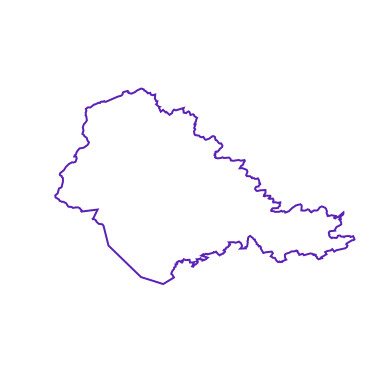 Athlone Lea-6, Roscommon, Ireland (Robinson projection), rotated 150°
{"feature_id": "5873133B90689891107780", "entity_name": "Athlone Lea-6", "entity_type": "district", "adm_level": 2, "iso_a3": "IRL", "parent_name": "Ireland", "parent_adm1": "Roscommon", "projection": "robinson", "projection_center": [-8.208, 53.474], "detail": "fine", "context": "isolated", "style": "outline", "palette": "violet", "viewbox_px": 384, "rotation_deg": 150, "n_neighbors": 0, "source": "geoboundaries", "source_scale": "gbopen_adm2", "svg_char_len": 5987}
<svg xmlns="http://www.w3.org/2000/svg" viewBox="0 0 384 384"><g transform="rotate(150 192 192)"><path d="M305.4,261.6L309.0,258.0L312.1,257.4L312.9,255.5L310.9,252.0L311.1,250.7L309.5,248.5L308.2,247.8L306.6,245.1L306.5,241.7L306.2,240.9L303.7,239.2L303.1,237.8L299.8,236.5L298.1,235.4L297.1,233.5L297.2,232.5L296.7,231.3L298.2,230.1L297.5,230.3L282.5,224.0L290.8,218.4L292.4,218.3L291.1,218.1L290.1,217.0L289.4,215.6L289.6,214.3L288.8,211.2L285.8,208.8L285.5,207.0L291.1,187.4L278.7,143.8L263.0,126.7L250.4,127.0L250.4,130.3L250.9,131.1L250.7,131.8L248.2,133.6L245.9,134.4L245.1,135.6L243.5,135.5L242.5,137.6L241.3,136.9L240.1,137.9L240.3,138.6L238.2,138.8L237.1,138.4L236.5,136.5L236.0,136.0L235.2,137.3L234.6,136.6L233.8,137.5L232.7,137.9L231.5,136.1L228.0,134.5L229.0,132.0L226.7,130.6L225.3,130.2L226.5,129.8L226.4,129.3L229.1,127.5L228.3,126.7L226.3,127.8L225.0,127.4L222.3,128.1L221.8,128.8L222.5,129.5L221.5,130.2L221.5,131.4L219.1,130.2L218.2,130.3L218.6,129.8L218.4,129.4L216.7,128.3L217.2,127.4L213.9,126.8L211.2,127.3L215.7,132.3L213.4,132.5L213.1,131.7L211.4,131.7L210.8,131.1L210.0,131.0L209.8,130.3L209.2,130.1L204.1,128.8L203.2,129.1L202.5,128.3L201.0,128.3L200.5,125.3L199.7,123.3L198.6,123.6L197.8,123.2L195.7,123.4L195.6,123.1L193.2,123.8L193.1,124.4L193.8,125.6L193.0,126.0L191.5,125.7L190.0,126.7L188.8,126.3L186.8,126.8L186.8,127.3L185.8,127.3L185.8,127.7L185.3,127.7L185.3,130.0L181.1,127.8L179.6,126.2L176.1,125.5L176.0,124.6L175.2,123.8L175.5,120.4L177.2,119.1L178.4,118.8L173.6,116.3L173.4,117.5L171.6,117.2L168.8,120.6L168.6,121.7L167.5,122.4L166.8,123.7L165.5,124.8L163.6,124.9L162.3,121.6L162.2,120.1L161.3,119.3L161.8,117.8L161.4,115.8L162.1,114.5L161.2,113.2L161.4,111.6L160.4,111.4L159.9,110.4L160.2,109.3L160.7,109.0L160.7,103.5L158.2,102.9L152.7,100.5L152.6,98.5L156.0,96.9L155.1,95.6L155.0,94.8L153.2,93.4L153.2,90.3L152.5,88.3L151.0,88.0L150.9,87.3L149.0,86.5L148.9,86.9L144.2,86.3L144.3,88.2L143.6,90.0L142.8,91.3L141.7,91.6L138.2,90.8L135.6,90.8L132.8,89.3L131.1,89.2L131.0,88.5L130.2,88.3L130.6,86.2L130.2,85.3L130.5,83.9L127.0,83.1L126.7,81.3L120.2,79.6L118.3,77.9L118.4,77.0L117.5,76.7L117.7,76.4L116.3,75.7L116.9,74.6L116.3,73.5L116.7,72.1L116.0,70.5L112.6,69.7L112.9,70.8L106.6,70.8L106.7,73.4L104.1,73.2L101.1,72.0L99.1,72.4L98.6,69.2L96.1,69.4L87.7,66.7L85.4,66.8L84.1,67.9L84.6,69.5L83.8,70.1L77.7,70.2L75.9,69.5L74.9,69.8L74.5,73.1L77.2,73.8L77.4,74.9L79.7,76.3L81.8,77.1L82.9,76.9L83.2,77.7L85.2,78.8L85.6,80.3L87.1,81.1L87.6,81.1L89.1,80.0L90.0,80.0L93.0,82.2L94.0,82.1L95.0,84.4L94.9,85.8L94.2,86.6L94.4,87.3L93.6,88.6L92.3,89.1L87.4,87.0L87.4,87.6L84.5,89.4L79.6,89.2L78.8,89.5L78.1,91.1L77.7,93.8L78.1,93.9L78.2,94.6L76.7,94.1L76.3,95.2L76.6,95.7L74.6,96.8L72.8,96.8L71.4,97.9L71.1,98.6L77.8,97.3L79.5,97.8L81.2,97.5L81.8,98.5L79.6,99.4L82.9,102.2L85.5,102.8L85.6,103.4L86.5,103.5L85.8,106.9L84.8,107.7L84.3,110.6L84.7,112.0L86.7,114.6L89.1,114.8L92.1,113.4L93.8,113.8L95.5,115.1L98.6,114.8L98.6,115.3L99.1,115.4L99.6,117.1L99.4,118.0L100.6,119.2L102.7,119.2L104.1,119.7L106.5,121.4L104.0,125.0L103.8,125.9L104.3,127.2L108.6,128.4L113.5,128.0L117.6,126.9L121.5,127.5L121.4,128.4L121.8,129.4L123.6,129.9L124.1,131.1L126.1,131.2L129.3,132.8L130.3,133.6L130.7,134.4L132.8,135.9L132.4,136.8L130.4,137.6L125.6,135.1L124.4,135.9L122.7,136.1L122.1,138.0L120.9,138.4L120.7,138.9L123.1,139.6L124.4,141.1L126.8,142.3L126.7,143.1L125.4,144.1L125.3,145.9L128.3,147.3L128.8,148.0L126.4,148.9L126.1,149.4L126.2,149.7L130.1,152.0L131.2,151.9L131.8,152.5L131.1,153.4L128.8,154.5L127.4,157.0L132.0,159.3L135.0,160.2L135.7,161.1L135.9,163.0L135.3,163.7L133.8,164.4L131.6,163.5L131.0,164.1L128.9,164.7L128.8,165.5L129.3,166.2L128.6,166.9L128.0,170.0L128.1,170.8L130.0,171.3L130.9,172.0L131.5,173.1L133.0,173.9L132.7,174.6L133.4,175.2L133.7,176.5L136.5,178.3L136.7,179.5L133.9,181.8L133.5,183.3L134.0,184.5L136.5,187.5L138.8,188.6L136.5,190.0L134.1,190.1L132.8,191.5L130.7,192.5L130.6,193.4L134.1,194.7L135.6,196.4L140.7,198.4L142.6,199.9L142.1,201.3L142.6,203.2L147.4,205.5L148.2,206.8L149.5,206.9L152.8,208.2L154.3,209.5L154.7,210.4L153.8,211.1L154.1,212.5L153.2,212.8L153.4,213.5L153.1,213.8L151.9,214.1L151.6,215.0L150.8,215.0L150.5,214.4L149.3,214.1L148.4,214.7L147.4,214.7L146.6,215.4L143.4,215.9L142.4,217.1L142.5,219.6L143.6,220.0L144.3,220.9L144.6,224.0L145.5,225.1L145.2,225.6L145.4,226.3L144.6,228.0L145.2,229.4L146.4,230.1L150.4,229.6L153.9,230.3L154.5,231.1L154.6,234.1L156.1,234.5L157.4,235.7L157.6,237.2L160.7,239.6L161.0,240.6L159.9,243.6L157.8,244.8L158.1,246.4L155.5,248.4L156.2,249.2L155.3,250.1L154.6,249.8L153.9,251.0L153.0,251.4L152.1,252.7L150.5,253.6L152.0,256.5L151.7,257.9L152.3,258.8L154.8,259.5L154.2,262.1L154.6,263.5L156.2,263.6L157.6,263.2L159.5,264.9L158.7,266.5L158.5,267.8L157.2,268.9L165.2,270.8L166.3,272.3L168.3,271.7L170.0,270.2L172.9,270.1L174.2,274.2L175.0,274.1L176.0,277.6L178.9,277.2L178.5,281.2L178.3,281.7L177.4,281.8L178.1,282.6L179.2,285.9L178.2,286.1L176.6,287.9L177.5,288.5L177.7,289.1L177.3,290.3L177.5,291.4L175.1,294.8L177.7,295.5L179.0,297.0L178.6,298.7L180.9,299.6L180.7,300.2L181.3,300.9L181.7,302.8L182.6,303.7L182.5,305.0L184.3,307.0L188.5,307.4L191.7,307.0L195.3,307.5L197.5,309.6L197.5,310.4L196.9,310.9L197.2,311.7L201.0,312.7L202.1,312.7L203.4,311.2L205.2,310.8L208.6,311.7L221.6,313.2L222.4,313.8L222.6,314.6L224.0,314.6L224.8,315.4L226.2,315.7L227.1,315.1L228.4,316.0L232.2,316.3L233.0,316.7L237.7,316.0L239.8,317.3L242.4,317.1L242.9,315.1L244.5,313.8L245.1,312.3L245.9,311.4L245.6,310.7L247.2,306.6L249.7,305.3L251.5,304.9L254.2,302.7L255.3,299.4L257.9,297.1L257.1,295.3L257.3,294.3L256.1,291.6L256.8,288.8L256.4,286.6L257.0,286.0L259.1,284.9L263.6,284.5L267.7,286.0L271.5,284.5L273.8,282.6L275.1,282.4L276.2,281.6L274.6,280.5L275.0,278.8L277.8,276.4L279.8,276.8L281.2,277.7L284.5,277.8L288.6,276.8L291.9,275.0L296.8,274.2L297.7,273.3L297.9,272.4L296.9,271.1L297.2,269.9L296.8,268.7L298.5,265.6L302.4,261.5L303.0,261.3L305.4,261.6Z" fill="none" stroke="#5b21b6" stroke-width="2"/></g></svg>